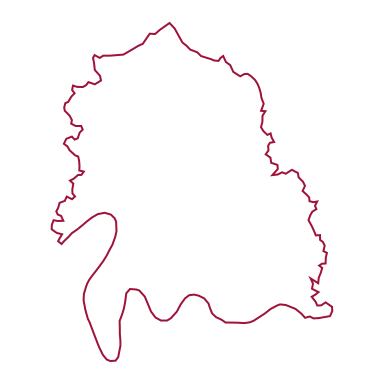 Serranópolis do Iguaçu, Paraná, Brazil (Mercator projection)
{"feature_id": "56859067B67809594674729", "entity_name": "Serranópolis do Iguaçu", "entity_type": "district", "adm_level": 2, "iso_a3": "BRA", "parent_name": "Brazil", "parent_adm1": "Paraná", "projection": "mercator", "projection_center": [-54.035, -25.477], "detail": "fine", "context": "isolated", "style": "outline", "palette": "rose", "viewbox_px": 384, "rotation_deg": 0, "n_neighbors": 0, "source": "geoboundaries", "source_scale": "gbopen_adm2", "svg_char_len": 3096}
<svg xmlns="http://www.w3.org/2000/svg" viewBox="0 0 384 384"><path d="M305.1,317.8L309.8,316.5L313.5,318.4L318.7,318.1L330.0,316.1L332.3,311.0L332.0,306.8L325.6,302.4L321.1,305.4L317.3,305.5L315.5,301.6L311.7,296.8L315.7,294.4L318.5,292.1L312.0,288.8L313.0,283.6L310.6,278.4L318.2,283.2L318.7,277.9L320.7,273.0L322.2,268.0L319.2,265.6L322.0,263.7L325.6,263.5L325.8,257.6L326.9,252.9L323.4,251.1L324.7,245.7L323.0,242.1L320.1,239.9L320.0,235.1L315.8,235.4L314.2,231.4L312.0,226.5L308.5,220.1L310.3,215.2L312.3,211.7L316.4,209.1L315.0,205.9L317.2,201.5L313.5,202.2L309.5,201.2L309.2,197.5L306.8,194.8L302.6,191.0L305.0,185.8L302.9,181.6L298.6,177.3L297.9,173.0L291.9,169.8L285.8,173.7L282.0,172.3L277.8,174.5L272.4,175.1L277.8,169.0L277.4,164.9L271.2,162.8L270.4,157.6L265.7,154.3L268.5,150.4L268.1,145.9L269.9,142.8L274.1,142.0L271.6,137.5L270.6,133.4L267.4,134.9L263.4,131.1L261.0,127.2L262.4,121.8L262.5,115.7L265.4,111.2L261.1,110.8L263.7,103.8L261.5,98.0L260.6,92.6L259.2,87.8L257.5,83.9L255.1,80.0L250.8,76.0L247.7,73.9L244.5,74.0L240.2,76.3L233.3,71.9L230.2,65.1L225.9,62.0L223.2,56.0L220.6,57.9L218.5,60.9L214.1,60.5L211.2,59.2L201.1,56.1L197.3,52.3L190.2,49.6L186.7,45.9L182.4,42.5L174.6,28.4L169.5,23.0L165.9,25.6L159.8,29.9L155.1,34.0L149.7,33.7L142.8,43.8L138.1,45.9L133.2,48.9L123.4,54.6L109.5,55.7L103.2,55.7L99.7,57.9L94.6,55.1L93.0,57.9L94.0,62.6L94.8,70.0L100.0,75.8L101.0,80.5L98.3,82.2L94.8,84.3L88.4,82.1L86.1,85.2L82.9,87.0L77.2,86.9L73.0,85.6L72.1,90.0L74.6,93.3L71.5,96.4L68.2,101.9L65.3,103.2L64.2,107.5L64.8,110.8L67.4,113.4L69.7,115.8L71.9,120.1L71.2,123.7L75.8,126.0L81.2,126.0L82.7,129.6L79.7,132.6L77.7,138.3L74.7,139.6L71.9,136.6L66.3,138.8L63.9,143.8L67.4,146.4L69.7,150.4L75.2,155.4L78.2,156.5L79.1,160.8L79.5,165.8L79.3,170.5L83.8,171.6L81.4,174.9L78.0,175.0L73.6,178.8L70.0,180.6L73.3,183.6L72.3,189.7L72.5,193.5L75.0,196.5L72.1,199.2L66.7,196.6L64.8,200.9L59.6,202.8L58.2,207.8L56.3,211.3L57.7,214.5L61.1,215.9L63.3,220.8L57.4,221.0L53.6,220.2L51.8,224.9L51.7,229.3L56.7,232.9L62.1,234.3L59.9,237.9L58.1,241.2L61.6,244.0L63.8,241.4L68.5,236.9L71.8,233.2L77.2,229.5L82.2,225.4L86.9,221.4L91.8,217.6L97.8,214.1L104.8,212.8L110.9,214.6L114.6,218.2L116.1,221.7L116.5,231.1L115.3,236.6L113.6,241.4L112.4,244.8L109.6,249.8L106.5,255.9L103.1,261.3L99.0,266.9L96.5,270.2L91.9,276.1L89.1,280.0L87.2,283.6L85.9,287.3L83.9,294.0L83.6,300.3L85.3,309.6L87.8,318.6L89.6,322.3L94.5,335.3L97.8,343.9L99.5,348.0L102.9,354.9L106.7,359.5L110.2,361.0L115.5,360.7L118.2,357.2L119.1,352.4L120.4,345.9L120.4,340.9L119.8,333.3L119.8,327.1L119.6,321.0L122.3,313.9L124.0,308.0L125.1,302.4L125.7,297.9L126.3,293.3L130.0,289.0L136.3,289.5L139.3,290.5L144.8,296.6L148.5,305.4L151.0,311.5L155.5,317.5L160.9,320.5L167.2,320.5L171.0,318.1L176.8,311.7L180.8,304.2L185.0,298.4L189.2,295.2L194.1,294.6L198.8,295.7L204.2,298.4L208.5,303.5L209.8,307.6L212.1,313.4L216.0,317.1L221.5,319.7L225.5,322.5L237.4,322.7L244.5,323.1L249.8,322.3L253.6,320.8L265.0,313.4L270.7,308.9L277.1,305.5L280.0,304.4L285.8,305.0L295.5,308.9L301.3,313.6L305.1,317.8Z" fill="none" stroke="#9f1239" stroke-width="2"/></svg>